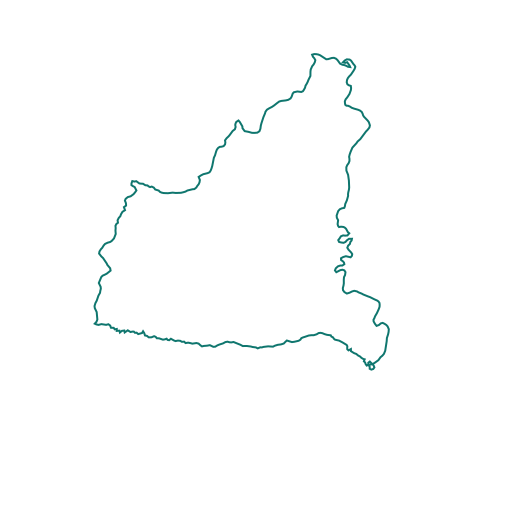 outline of Urucuia, Minas Gerais, Brazil, rotated 243°
{"feature_id": "56859067B5271560558977", "entity_name": "Urucuia", "entity_type": "district", "adm_level": 2, "iso_a3": "BRA", "parent_name": "Brazil", "parent_adm1": "Minas Gerais", "projection": "robinson", "projection_center": [-45.578, -16.022], "detail": "fine", "context": "isolated", "style": "outline", "palette": "teal", "viewbox_px": 512, "rotation_deg": 243, "n_neighbors": 0, "source": "geoboundaries", "source_scale": "gbopen_adm2", "svg_char_len": 6147}
<svg xmlns="http://www.w3.org/2000/svg" viewBox="0 0 512 512"><g transform="rotate(243 256 256)"><path d="M108.1,304.9L108.0,306.8L109.9,307.6L110.3,309.5L106.8,310.6L106.9,313.0L107.6,317.7L109.3,321.0L109.8,323.3L110.7,325.5L112.9,328.1L120.8,333.8L123.5,335.4L126.2,338.1L128.2,339.7L130.5,341.1L133.5,341.3L135.4,340.8L137.3,339.7L138.9,338.5L139.3,336.6L138.7,334.2L139.0,331.7L141.7,331.2L144.3,331.1L145.8,331.7L147.0,333.4L148.2,334.7L150.2,337.8L152.9,341.2L154.6,343.0L156.3,344.0L158.1,344.7L159.8,344.5L161.2,343.8L163.8,341.7L167.5,339.0L169.2,337.4L173.0,334.1L174.5,333.1L177.0,330.9L178.6,329.9L180.4,327.7L180.8,325.5L180.8,322.8L181.3,319.9L183.7,318.4L186.0,318.0L188.0,318.8L189.9,320.5L191.7,321.8L195.1,323.5L197.2,324.8L198.6,326.7L201.0,328.4L203.1,328.2L204.5,326.8L205.1,324.8L205.1,320.2L207.3,319.8L208.8,321.5L209.6,324.4L209.2,326.9L208.3,328.6L208.6,331.0L210.2,331.4L211.6,331.1L213.8,330.0L215.4,330.7L215.5,333.2L215.0,336.0L211.9,339.7L212.6,341.5L214.0,342.6L215.9,342.4L219.6,341.3L221.9,341.1L223.4,342.8L224.1,345.1L225.7,346.5L226.4,348.2L227.8,349.3L229.1,346.7L228.7,344.1L227.9,342.1L228.0,340.0L229.4,338.0L230.8,336.4L232.8,336.5L233.8,338.6L235.0,340.6L234.8,343.0L233.7,344.6L232.8,346.8L233.9,349.4L235.6,348.7L239.3,348.6L240.8,348.1L242.1,347.2L243.5,345.1L244.1,343.1L245.6,342.8L247.4,343.2L250.6,345.4L253.4,345.4L255.4,346.2L258.7,349.6L259.6,351.9L259.5,354.1L258.8,356.5L260.1,357.9L261.8,359.1L264.3,362.2L267.8,365.4L269.2,366.0L270.8,367.1L272.9,368.9L274.7,370.1L281.0,373.0L286.5,374.9L291.0,375.3L294.1,376.8L295.6,378.6L296.6,380.6L298.2,382.4L300.2,383.4L302.1,384.0L304.0,385.6L305.8,387.5L308.8,391.1L310.9,396.7L311.9,398.5L312.8,402.0L317.0,410.5L317.7,412.6L319.0,415.4L320.7,416.8L323.9,417.3L325.9,417.0L331.2,415.4L332.8,415.3L334.3,415.6L336.4,415.6L338.5,414.6L340.0,413.3L342.8,410.3L344.6,408.6L346.4,407.6L348.0,406.3L348.9,404.8L350.2,404.2L351.9,404.7L353.5,405.4L354.9,407.0L355.9,409.3L357.9,412.8L360.8,415.9L362.5,417.0L364.5,417.7L366.0,416.2L367.5,415.4L369.6,415.7L371.5,417.0L372.8,418.6L373.7,420.5L374.5,422.9L376.7,426.9L378.0,428.9L379.5,430.4L381.0,430.4L383.0,429.9L386.9,429.4L388.5,428.6L390.0,426.2L389.9,423.8L389.1,421.5L387.6,423.1L387.3,425.2L383.2,425.8L381.6,425.7L382.9,423.8L384.3,422.9L386.0,421.4L387.2,419.8L389.3,418.2L392.2,417.8L393.8,417.5L395.6,416.8L397.2,415.4L398.0,413.5L398.7,409.6L399.4,407.9L405.7,404.3L407.2,403.0L408.5,401.3L409.5,399.5L409.9,397.4L407.7,397.2L405.8,397.7L403.6,397.8L401.9,396.3L400.5,394.3L399.6,392.2L397.3,389.4L395.5,388.2L391.7,386.2L389.2,382.8L387.6,381.0L386.3,379.2L385.3,377.5L383.7,376.1L382.4,374.2L381.5,372.6L381.6,370.8L383.8,367.6L384.7,364.1L384.1,362.5L381.8,360.1L380.7,358.3L380.5,355.7L381.1,353.2L382.7,348.9L383.1,346.8L382.7,344.4L381.9,340.4L381.6,337.9L381.6,334.8L381.4,332.2L380.3,330.0L379.0,328.8L376.3,325.6L371.8,321.1L370.0,319.5L367.4,317.7L365.6,315.7L365.3,313.2L366.4,310.5L367.6,308.3L370.0,305.7L372.4,302.6L376.0,302.0L377.7,302.7L382.7,302.4L384.7,301.9L384.4,299.3L383.4,298.0L382.2,297.0L380.2,296.4L378.5,294.7L378.0,292.0L375.6,287.2L375.0,285.7L374.3,283.3L373.1,280.9L371.2,280.3L369.5,279.1L368.6,277.0L369.0,275.0L369.7,273.2L369.5,271.4L368.6,269.5L367.2,267.9L364.3,265.2L362.7,263.1L356.1,257.9L354.3,256.2L352.7,254.4L351.7,252.6L351.8,250.5L352.8,246.2L352.8,243.8L352.5,240.8L349.2,240.5L347.3,239.1L345.9,237.4L345.2,235.7L344.1,233.9L343.6,231.5L344.3,229.7L345.5,224.6L345.4,222.4L345.8,220.2L346.4,217.8L348.6,213.1L350.3,210.5L351.9,206.1L354.0,202.3L355.4,200.6L356.8,199.5L358.5,199.0L361.0,196.4L363.3,196.0L365.2,194.6L365.5,192.9L366.8,191.9L368.1,191.4L369.3,189.5L371.7,188.1L372.6,186.5L373.6,185.0L377.0,183.3L377.5,181.5L378.9,179.8L377.2,178.0L375.7,177.2L374.2,178.0L372.5,179.2L368.7,179.2L367.7,177.3L366.7,175.0L366.1,171.4L366.7,168.5L366.1,165.8L364.8,164.3L362.8,164.2L361.3,163.8L359.9,163.1L359.5,160.5L356.3,160.1L356.0,157.1L354.5,154.7L353.0,153.1L352.3,151.1L350.7,148.9L348.3,148.1L347.9,146.1L346.7,144.5L344.5,143.6L342.6,142.4L339.3,141.0L336.1,137.4L334.9,134.2L334.7,132.4L335.2,129.9L335.3,127.0L334.5,125.0L333.1,122.7L332.4,120.8L331.1,118.6L329.4,117.3L325.8,118.0L323.6,118.8L317.0,119.6L315.6,119.5L311.3,120.5L309.0,119.8L308.0,114.9L308.0,112.7L308.1,110.4L307.5,108.6L303.3,103.7L299.1,103.6L297.3,102.9L295.7,101.5L294.0,100.3L292.2,97.6L288.5,93.8L286.9,91.5L284.7,89.4L282.7,88.7L278.4,88.6L271.4,85.8L269.8,84.0L268.9,81.6L267.6,82.6L266.1,84.4L265.5,87.3L262.7,91.2L262.2,93.5L260.2,94.5L257.9,94.2L256.6,96.6L254.8,96.8L254.2,98.8L252.5,97.9L251.5,100.4L249.6,100.0L250.2,102.5L249.4,104.8L247.5,104.3L248.0,108.0L245.2,109.7L244.8,111.4L244.1,112.8L242.5,113.3L241.9,114.8L239.9,115.6L239.1,119.5L240.2,121.2L237.9,121.4L235.6,121.0L234.3,122.6L232.2,123.5L231.0,126.0L230.8,128.8L229.5,129.9L227.7,130.3L226.7,132.2L223.7,135.1L223.1,137.0L222.9,138.8L221.4,139.1L220.4,140.4L220.9,142.6L217.9,144.6L216.7,145.7L216.1,148.0L214.8,150.0L213.2,151.0L212.3,153.1L210.4,153.7L209.6,156.2L208.0,158.2L206.8,159.5L205.5,163.4L204.0,165.1L201.8,165.9L200.0,166.8L199.5,168.8L198.3,171.7L197.5,174.4L194.5,176.7L193.7,178.5L193.9,181.0L193.7,183.4L193.1,186.9L193.2,189.6L192.6,191.7L191.1,193.3L190.2,194.8L189.6,196.9L184.0,201.8L181.8,203.3L179.9,207.1L177.7,210.3L176.5,211.6L174.6,214.4L172.9,215.6L172.7,218.3L171.9,219.7L171.6,221.4L170.0,225.8L167.5,230.0L167.5,232.1L167.0,235.0L165.9,238.1L165.4,241.0L166.1,243.0L166.7,245.1L163.0,248.9L162.2,251.1L161.1,255.5L161.3,257.6L162.2,259.1L162.1,261.0L161.8,262.7L161.2,266.9L160.3,269.4L159.2,271.6L158.7,274.5L158.9,276.8L158.3,278.5L157.1,280.1L155.2,281.7L153.5,283.5L151.4,286.6L150.0,286.6L148.5,287.7L147.0,287.8L145.6,288.4L142.9,291.6L139.8,293.8L135.6,296.4L134.1,296.4L132.8,295.6L131.5,295.0L129.9,295.6L130.0,298.3L128.1,297.4L124.9,299.3L123.2,300.9L121.0,301.8L119.2,303.1L117.4,303.7L115.6,304.8L114.6,305.9L113.2,304.3L111.6,304.9L109.9,304.6L108.1,304.9ZM108.0,306.8L105.7,307.0L103.9,306.1L102.4,307.2L102.1,309.2L103.0,310.9L105.0,311.1L106.8,310.6L107.3,308.6L108.0,306.8Z" fill="none" stroke="#0f766e" stroke-width="2"/></g></svg>